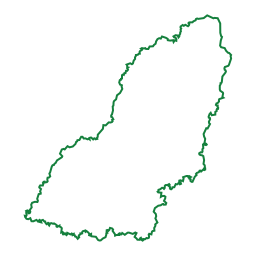 Caracol, Mato Grosso do Sul, Brazil (Natural Earth projection)
{"feature_id": "56859067B79798079212629", "entity_name": "Caracol", "entity_type": "district", "adm_level": 2, "iso_a3": "BRA", "parent_name": "Brazil", "parent_adm1": "Mato Grosso do Sul", "projection": "natural_earth1", "projection_center": [-57.105, -21.905], "detail": "fine", "context": "isolated", "style": "outline", "palette": "green", "viewbox_px": 256, "rotation_deg": 0, "n_neighbors": 0, "source": "geoboundaries", "source_scale": "gbopen_adm2", "svg_char_len": 5835}
<svg xmlns="http://www.w3.org/2000/svg" viewBox="0 0 256 256"><path d="M179.1,183.1L179.3,180.6L180.3,180.3L181.1,181.0L182.0,180.5L183.0,181.1L183.6,178.6L183.1,177.2L186.5,176.0L187.7,176.0L188.2,176.9L189.2,176.1L190.8,177.0L189.8,177.5L189.3,178.6L190.7,179.4L190.4,180.8L191.5,181.8L192.5,181.8L194.8,176.7L196.6,175.0L196.0,173.9L196.9,172.9L198.8,172.2L199.6,170.7L200.5,170.6L201.1,171.5L203.2,169.6L204.2,170.1L205.2,169.6L205.2,168.4L204.3,168.1L204.9,167.3L204.7,165.3L203.5,163.9L204.1,160.1L203.3,156.1L202.3,155.4L200.3,155.0L199.4,154.4L199.2,153.3L200.6,152.3L202.0,152.4L202.5,151.6L202.4,149.2L203.3,148.2L203.0,144.5L203.7,143.8L204.7,144.8L206.0,145.1L206.7,144.6L206.2,143.8L205.3,143.6L204.6,142.4L205.2,138.9L204.1,136.5L203.6,134.0L206.3,128.2L207.6,128.5L210.0,124.0L209.1,123.1L208.9,121.8L210.1,119.1L209.9,118.0L208.8,117.7L208.6,116.7L209.6,114.0L210.7,112.8L211.8,115.2L215.3,114.6L215.3,111.9L216.7,111.0L216.6,109.8L217.0,108.9L218.0,108.9L218.2,107.8L217.7,107.0L217.7,105.6L216.8,105.7L215.9,104.9L216.5,103.4L217.6,103.1L219.0,101.5L218.9,100.0L219.3,99.1L223.4,97.7L222.4,96.9L223.1,93.6L222.9,92.6L220.2,90.7L219.8,89.4L219.8,85.6L220.6,84.4L220.5,83.2L221.4,82.9L221.8,82.0L222.4,76.5L225.5,72.5L225.9,71.4L225.5,70.3L224.7,69.8L224.4,68.2L224.9,67.0L228.3,65.8L229.0,64.7L231.1,58.5L230.6,56.0L231.1,55.0L229.2,53.0L228.1,52.8L226.1,50.8L224.7,48.1L221.1,47.2L220.1,45.6L220.8,40.5L222.0,36.9L221.1,36.0L220.3,32.9L220.2,23.4L217.7,18.2L214.4,17.9L213.4,18.3L207.2,15.4L203.7,18.1L198.2,18.9L197.1,18.5L196.0,19.0L195.6,20.3L193.4,21.3L192.5,22.3L189.2,22.4L188.5,23.1L189.3,24.1L188.9,25.4L188.0,26.2L185.3,24.8L183.8,25.8L182.7,25.0L180.6,26.5L180.5,27.5L181.2,28.6L180.6,29.4L180.9,31.5L180.2,32.3L180.2,33.8L179.4,35.0L179.3,36.4L178.5,37.4L177.6,35.5L175.6,35.2L173.5,36.4L174.1,37.3L175.7,37.9L176.4,39.2L176.3,40.8L174.8,40.3L173.6,42.0L173.1,40.2L170.2,40.6L167.8,40.2L167.7,38.9L165.9,37.8L162.0,36.5L160.8,38.6L159.2,38.2L157.5,39.1L156.1,41.4L155.6,43.7L154.0,44.9L153.0,46.3L149.6,46.5L148.3,49.0L145.9,48.9L145.2,48.1L144.1,48.5L141.9,48.1L141.1,48.6L142.2,49.2L141.8,50.1L140.2,50.9L139.6,51.8L139.8,53.7L138.6,53.8L137.8,54.8L135.9,55.0L135.8,56.1L135.0,57.3L135.1,58.9L133.7,60.6L132.9,63.5L131.9,64.2L130.2,63.3L126.6,64.6L127.2,65.4L127.2,67.3L128.1,67.5L127.2,68.3L128.0,69.7L127.2,70.8L126.0,70.8L125.5,73.1L124.4,73.1L123.8,74.9L123.0,74.5L122.0,75.2L122.0,78.5L121.0,78.8L120.9,79.8L119.8,80.1L119.2,82.5L120.1,84.6L121.9,85.3L121.6,86.6L122.3,88.9L120.0,93.0L117.0,95.3L116.1,99.3L114.1,101.0L113.6,102.1L113.4,105.6L112.7,106.4L113.0,110.4L112.0,114.3L111.2,115.4L111.2,116.8L112.2,117.2L113.3,119.3L112.1,119.9L112.6,121.2L112.0,122.0L110.6,122.5L108.7,122.4L105.7,125.4L103.4,125.1L102.9,128.8L97.8,134.7L97.7,136.9L97.0,137.8L97.3,138.9L95.5,139.3L94.7,138.3L93.9,138.5L93.1,139.4L91.3,137.6L90.3,137.6L89.2,138.1L89.5,139.4L88.6,138.8L87.5,139.3L85.5,138.4L83.7,138.5L82.5,136.8L81.2,136.8L79.4,140.0L77.4,140.2L77.1,141.4L76.2,141.8L75.5,143.9L72.8,146.5L69.6,147.3L67.5,146.2L64.7,149.4L63.6,148.9L61.8,149.5L60.0,153.7L62.3,156.2L61.9,157.2L57.0,160.4L55.6,163.0L54.5,163.7L53.9,165.0L52.6,165.2L51.8,166.5L50.1,172.4L49.4,173.5L50.2,176.4L48.8,177.6L47.6,177.7L47.3,179.1L47.6,181.4L46.9,182.1L44.9,182.5L44.6,181.6L43.6,181.8L42.9,182.9L43.3,184.0L42.8,185.5L40.2,185.4L39.4,186.6L39.3,187.5L41.0,189.0L40.1,191.4L40.7,192.6L40.7,193.7L38.7,194.1L37.2,198.8L37.9,200.8L37.4,202.0L34.9,201.8L32.1,202.8L31.2,204.7L31.7,207.4L29.7,210.1L30.3,211.5L30.1,212.5L29.6,213.2L28.5,213.3L28.0,210.8L27.3,210.4L26.1,211.0L26.6,211.8L26.2,212.7L26.6,215.2L26.0,216.3L24.9,215.9L25.1,216.9L26.5,218.8L28.2,219.2L30.3,218.2L31.5,221.2L33.3,221.3L36.5,219.9L38.1,221.6L39.4,220.0L40.4,220.8L42.9,219.9L44.3,221.4L45.2,221.5L45.3,222.5L46.5,224.1L48.1,222.8L49.2,223.4L48.5,224.6L49.2,225.5L50.1,223.7L51.1,223.1L53.2,223.8L54.0,223.4L55.8,224.5L56.8,225.3L56.5,226.5L57.1,226.9L59.5,225.6L59.5,226.5L60.8,227.1L61.8,228.2L61.2,232.5L62.6,232.0L63.4,232.8L62.7,233.4L63.0,234.3L63.9,234.3L64.5,233.4L65.9,233.4L65.7,234.4L66.5,235.1L67.2,234.3L67.4,232.9L70.4,234.4L71.6,233.6L72.2,234.8L72.7,234.0L73.7,233.8L73.4,235.0L74.7,235.2L75.1,236.5L76.1,236.7L77.7,238.8L79.2,237.2L78.6,236.2L79.2,235.0L80.2,234.5L80.4,233.4L81.3,233.7L82.2,233.4L82.1,232.3L82.7,231.3L85.3,230.5L85.6,231.8L86.6,231.1L88.5,232.7L89.3,233.9L89.1,235.2L90.0,235.5L90.2,234.3L91.1,233.9L91.1,235.3L91.5,236.3L95.9,236.8L98.0,239.9L99.3,240.5L100.7,240.4L103.0,238.4L105.5,237.2L106.3,234.7L106.3,233.3L107.3,232.9L106.6,231.7L106.7,230.2L107.7,230.0L108.4,230.8L109.3,229.9L110.0,227.9L112.2,228.5L113.1,229.6L112.6,230.9L114.9,234.1L115.1,235.6L116.4,235.0L118.9,235.0L118.7,233.8L119.7,233.3L120.1,234.5L121.4,234.4L122.2,233.0L124.8,234.8L127.6,232.7L128.9,232.6L132.8,233.9L135.3,232.5L136.5,233.1L134.6,236.9L136.6,238.5L137.4,239.7L139.7,239.8L140.1,238.3L140.9,237.8L141.7,240.0L142.6,240.6L143.5,239.9L143.4,239.0L145.1,239.2L146.5,238.0L147.6,238.3L148.8,237.8L149.1,236.8L148.7,234.6L149.2,233.8L151.4,234.4L151.9,231.9L152.5,231.1L154.4,230.7L154.2,228.0L155.4,225.8L155.2,224.4L157.4,222.5L155.4,218.4L156.2,216.2L155.8,214.0L153.7,211.7L154.9,208.1L158.3,205.7L160.7,205.3L162.5,204.1L163.3,204.0L163.8,204.7L165.7,204.6L166.3,203.0L164.0,200.9L165.2,198.4L165.4,196.7L164.2,195.9L162.0,196.1L160.9,196.8L161.4,192.7L158.2,192.4L157.6,191.7L158.5,190.9L158.5,189.8L160.3,189.2L162.0,187.8L163.0,187.9L164.0,188.9L164.7,188.0L164.8,185.9L165.5,185.1L167.5,185.0L169.1,184.1L169.7,184.9L168.6,185.9L170.1,187.1L169.9,188.2L170.3,189.0L171.1,189.3L172.1,188.5L172.5,187.3L174.3,187.2L175.7,184.1L177.0,184.4L179.1,183.1ZM179.1,183.1L179.9,184.3L181.0,183.8L180.7,182.9L179.1,183.1ZM40.4,220.8L40.1,222.1L41.3,222.4L41.0,221.5L40.4,220.8Z" fill="none" stroke="#15803d" stroke-width="2"/></svg>